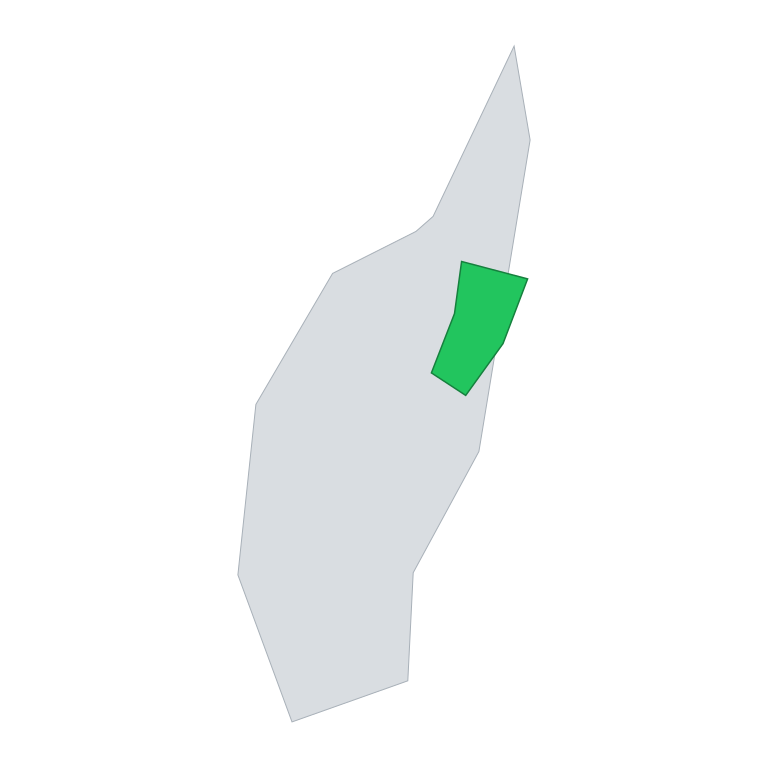 where Ngiwal sits in Palau
{"feature_id": "PLW-5257", "entity_name": "Ngiwal", "entity_type": "state/province", "adm_level": 1, "iso_a3": "PLW", "parent_name": "Palau", "parent_adm1": "", "projection": "mercator", "projection_center": [134.634, 7.565], "detail": "fine", "context": "in_parent", "style": "filled", "palette": "green", "viewbox_px": 768, "rotation_deg": 0, "n_neighbors": 0, "source": "natural_earth", "source_scale": "10m", "svg_char_len": 421}
<svg xmlns="http://www.w3.org/2000/svg" viewBox="0 0 768 768"><path d="M407.8,680.8L292.0,721.9L237.9,574.9L255.9,404.4L332.6,273.4L416.0,231.4L433.1,216.4L514.1,46.1L530.1,140.0L478.9,451.5L413.2,572.7L407.8,680.8Z" fill="#d9dde1" stroke="#a8b0b8" stroke-width="1"/><path d="M527.6,278.9L503.0,343.6L465.7,395.4L431.4,372.9L454.5,313.6L461.6,261.5L527.6,278.9Z" fill="#22c55e" stroke="#15803d" stroke-width="1.5"/></svg>